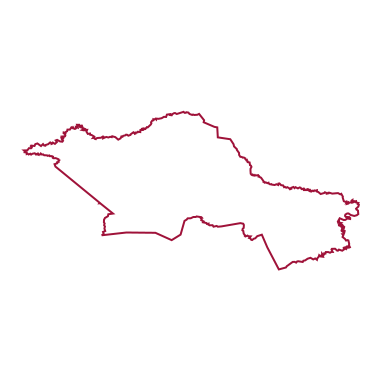 Penonomé, Coclé, Panama (Robinson projection), rotated 268°
{"feature_id": "35544464B54827397349612", "entity_name": "Penonomé", "entity_type": "district", "adm_level": 2, "iso_a3": "PAN", "parent_name": "Panama", "parent_adm1": "Coclé", "projection": "robinson", "projection_center": [-80.285, 8.68], "detail": "fine", "context": "isolated", "style": "outline", "palette": "rose", "viewbox_px": 384, "rotation_deg": 268, "n_neighbors": 0, "source": "geoboundaries", "source_scale": "gbopen_adm2", "svg_char_len": 6046}
<svg xmlns="http://www.w3.org/2000/svg" viewBox="0 0 384 384"><g transform="rotate(268 192 192)"><path d="M165.1,347.7L163.5,349.8L162.4,353.3L163.0,355.8L164.1,357.4L167.7,357.2L168.8,355.7L169.6,355.4L171.6,357.7L173.4,358.3L174.2,357.2L175.2,357.9L175.9,355.6L177.0,355.6L175.8,351.8L176.5,351.8L177.3,352.9L177.4,352.1L178.3,352.1L177.8,351.5L178.3,350.6L177.4,351.4L176.3,351.1L175.7,348.5L175.0,347.9L174.7,346.6L175.8,347.1L175.6,346.1L176.3,346.6L176.2,345.9L177.0,345.9L176.7,345.2L177.5,343.4L181.2,342.4L182.1,342.6L185.0,341.1L184.5,340.1L185.8,337.9L185.5,332.1L186.6,328.9L186.5,328.3L185.9,328.3L185.6,326.5L186.3,326.4L187.1,324.8L186.4,324.1L185.5,320.5L187.6,318.2L188.1,316.8L189.4,316.9L189.0,315.3L189.3,314.3L188.6,313.7L189.1,312.5L188.4,311.5L189.6,310.4L188.6,310.0L189.0,309.2L190.2,309.0L190.7,308.3L190.8,307.7L189.9,307.9L190.0,304.2L191.0,304.5L191.5,304.0L190.7,303.3L191.3,302.5L191.1,301.6L192.5,300.7L192.8,299.7L191.9,298.0L193.2,295.6L192.3,294.6L193.5,293.5L192.7,291.3L191.8,291.4L191.3,290.0L192.4,289.2L193.5,287.4L193.0,286.3L193.9,285.0L193.6,284.2L195.4,283.3L195.7,281.3L197.5,279.7L197.4,278.7L196.0,278.4L196.8,276.6L196.1,274.9L196.6,272.0L197.1,271.6L196.9,270.4L197.8,269.0L198.6,268.8L198.2,267.6L198.9,266.4L198.8,265.0L199.4,264.9L199.6,263.8L200.4,263.8L203.9,261.5L204.4,260.4L205.5,259.6L205.2,259.0L206.5,258.7L206.3,255.8L206.8,255.4L206.2,254.6L207.3,253.3L206.7,252.8L207.1,252.1L208.2,251.3L211.5,251.2L213.2,251.3L215.0,252.3L216.3,251.8L216.8,250.9L219.5,250.6L219.9,248.7L220.7,248.7L221.3,247.8L222.2,247.9L222.1,247.3L222.9,246.5L223.7,246.5L224.7,244.9L224.6,243.8L225.3,243.0L225.5,241.5L227.4,240.4L229.4,240.4L232.5,238.3L233.3,238.3L236.1,235.6L238.3,235.2L243.4,232.1L245.7,219.7L255.7,219.5L256.3,216.7L261.3,206.1L263.3,206.6L269.8,201.8L269.0,200.0L268.9,196.9L269.4,195.7L269.0,194.9L270.1,192.2L271.5,191.2L271.9,189.1L271.4,188.6L271.4,187.3L272.4,186.4L270.5,179.5L271.5,177.8L271.4,176.8L270.5,175.1L269.4,174.4L269.7,172.7L270.6,172.9L270.2,169.6L267.9,168.7L268.1,166.6L266.8,164.2L266.3,161.1L266.6,158.8L265.8,158.7L266.5,158.0L265.7,156.8L266.1,155.9L264.9,155.7L264.7,154.7L263.1,153.5L262.0,153.8L260.8,153.1L258.1,150.0L258.4,149.2L257.2,148.1L257.1,147.1L256.5,147.2L256.4,145.9L255.7,145.3L255.7,144.7L257.1,144.9L256.9,144.1L256.1,143.9L255.8,142.6L253.7,142.4L254.1,140.0L253.5,139.7L253.4,138.1L252.5,137.8L252.2,137.0L253.2,136.8L253.0,136.1L253.7,135.5L251.8,132.7L251.2,132.5L250.5,130.3L251.4,129.3L251.6,128.1L251.0,127.5L250.5,125.1L249.6,124.5L250.0,123.4L248.1,122.5L246.9,120.1L249.5,117.3L250.5,114.2L249.6,113.8L250.0,112.1L249.4,110.4L250.0,108.2L248.8,105.1L250.4,105.4L250.6,105.0L249.4,102.9L249.3,99.5L248.9,98.1L248.2,97.7L248.6,96.6L249.6,96.2L249.5,95.0L250.8,96.2L252.5,93.6L252.7,92.3L254.0,92.1L253.7,89.9L256.0,88.6L257.7,89.3L257.4,86.0L257.8,84.4L259.0,86.7L260.6,83.0L261.1,83.9L260.6,84.8L262.2,84.3L262.2,83.3L261.4,82.4L262.0,81.5L263.1,81.5L263.2,79.4L260.3,80.0L261.1,78.2L259.6,78.2L259.1,77.2L259.4,76.3L260.9,75.3L260.1,74.6L260.8,73.7L258.6,72.1L258.7,69.7L257.1,69.3L256.3,67.8L255.4,67.7L256.0,65.8L255.3,65.7L254.1,67.1L252.8,67.4L252.1,67.0L252.0,64.6L251.0,65.6L250.1,65.2L250.7,63.4L249.2,63.8L247.7,64.9L246.8,64.2L247.1,62.0L248.8,59.0L248.3,57.6L246.6,58.7L244.9,56.7L246.2,54.7L245.3,54.2L244.9,53.2L245.9,53.0L246.5,52.0L244.8,49.9L244.1,47.4L243.4,47.1L243.6,45.9L245.1,44.8L243.2,42.7L245.9,39.2L245.3,37.1L243.5,36.2L244.0,32.9L243.5,32.5L242.3,33.5L241.7,33.2L241.3,32.6L241.5,30.6L239.4,28.9L239.4,25.7L239.0,26.2L237.6,26.0L237.3,28.0L235.8,28.1L236.2,28.9L235.2,30.0L235.9,31.7L235.0,32.5L235.8,33.8L236.2,36.2L234.9,37.4L235.3,37.9L235.0,38.7L235.5,38.4L235.9,39.4L234.7,40.2L234.9,41.7L235.7,42.2L234.6,43.4L234.8,44.5L233.9,45.5L233.7,48.4L233.2,48.9L233.5,50.7L232.8,51.0L232.7,53.3L232.0,53.7L232.0,54.3L231.0,54.1L230.6,54.6L230.6,57.0L229.4,59.7L228.5,59.8L228.3,60.3L227.6,59.6L226.8,59.8L226.4,58.2L225.4,58.3L224.6,55.6L222.2,56.4L184.4,99.4L183.9,99.0L183.9,99.9L173.2,112.3L172.7,107.6L170.7,107.1L169.1,104.1L167.3,103.1L164.7,102.9L163.6,103.6L161.9,103.0L160.6,103.8L158.6,103.2L156.0,103.9L155.2,101.7L153.6,102.2L152.6,101.5L151.9,100.2L153.8,125.0L152.5,154.0L144.6,170.0L149.8,179.1L163.4,183.5L164.6,185.7L165.8,186.7L165.8,189.8L167.0,192.5L166.9,194.9L167.4,195.7L166.5,200.5L166.0,200.9L165.9,199.6L164.4,200.7L163.5,200.3L162.2,202.6L161.3,202.0L160.5,205.3L159.6,205.7L159.8,207.4L158.9,207.2L158.1,208.4L158.1,211.4L156.6,212.3L157.2,215.5L156.4,216.6L156.6,220.3L159.2,239.3L158.5,242.1L157.2,242.7L154.3,242.4L153.5,241.4L152.0,241.0L151.3,241.9L148.6,242.2L147.0,243.4L146.3,243.2L145.7,243.8L146.5,246.0L145.8,246.7L145.6,249.0L144.0,247.6L143.6,248.7L142.1,249.6L141.9,250.5L143.1,252.0L143.5,253.6L145.6,255.7L146.9,260.3L134.1,265.3L111.6,276.1L113.3,283.3L114.5,284.1L118.6,290.2L118.6,292.2L117.8,293.6L118.9,294.6L119.1,295.7L118.2,300.2L119.4,300.9L119.7,302.7L121.3,305.2L122.1,308.1L120.4,310.8L121.3,312.8L119.9,314.5L121.2,314.8L122.9,316.4L124.4,316.9L123.1,318.2L122.7,320.8L123.4,320.6L124.1,319.0L124.9,319.9L125.7,319.9L124.4,320.9L124.8,321.7L126.1,322.0L125.8,323.2L127.3,323.6L127.2,326.1L126.5,327.8L127.3,329.4L127.2,330.5L129.7,329.4L130.3,329.8L130.3,333.0L128.3,335.1L128.3,335.9L129.3,336.8L128.1,340.1L129.4,342.1L130.8,341.6L131.2,342.2L129.6,344.1L130.4,344.7L131.6,344.0L132.2,344.8L132.2,345.8L130.9,346.8L131.3,347.9L133.4,347.0L134.6,347.3L138.1,346.6L138.5,345.8L138.1,344.3L139.7,343.3L141.8,340.9L143.5,341.7L144.6,340.9L144.7,342.2L145.8,342.7L146.8,341.5L147.3,343.1L147.9,343.2L148.4,342.4L147.7,340.6L148.1,340.1L150.1,340.7L150.5,342.5L151.8,342.9L152.3,342.3L151.7,340.5L152.1,339.9L152.8,339.9L153.4,341.4L154.0,341.0L154.1,339.9L153.1,338.6L153.5,337.7L154.1,337.7L155.8,340.0L156.2,338.1L157.5,338.0L156.4,337.0L157.3,336.7L160.6,338.7L158.7,342.7L158.8,344.3L160.1,346.3L159.5,349.1L160.4,349.2L161.4,348.4L161.7,344.9L162.8,344.1L164.1,344.5L165.1,346.3L165.1,347.7Z" fill="none" stroke="#9f1239" stroke-width="2"/></g></svg>